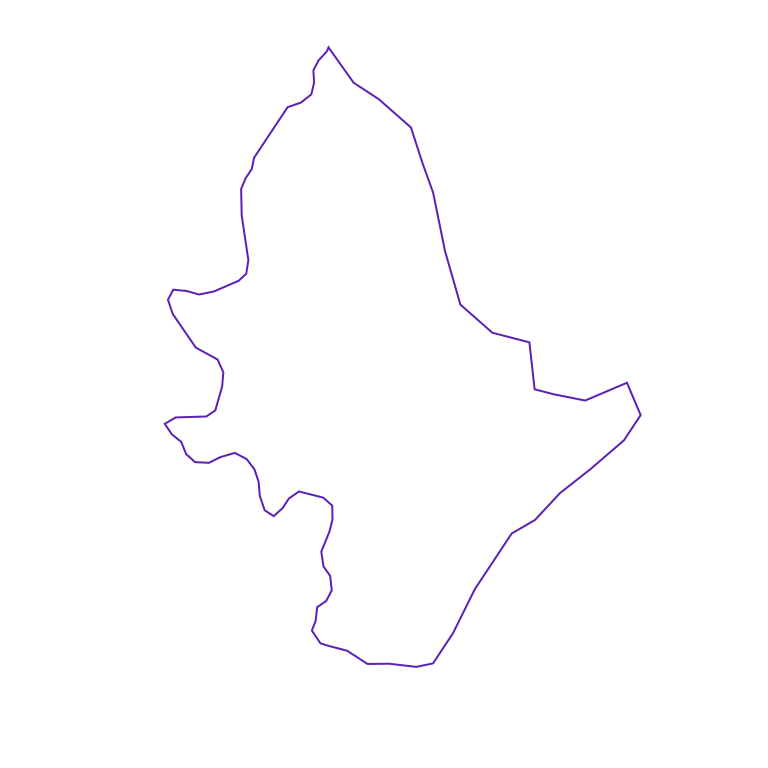 the district of Unpha, Hwanghae-bukto, North Korea, rotated 33°
{"feature_id": "82179303B22390657322605", "entity_name": "Unpha", "entity_type": "district", "adm_level": 2, "iso_a3": "PRK", "parent_name": "North Korea", "parent_adm1": "Hwanghae-bukto", "projection": "robinson", "projection_center": [125.8, 38.378], "detail": "fine", "context": "isolated", "style": "outline", "palette": "violet", "viewbox_px": 768, "rotation_deg": 33, "n_neighbors": 0, "source": "geoboundaries", "source_scale": "gbopen_adm2", "svg_char_len": 1257}
<svg xmlns="http://www.w3.org/2000/svg" viewBox="0 0 768 768"><g transform="rotate(33 384 384)"><path d="M315.3,523.8L321.8,526.1L332.1,534.3L340.8,545.5L352.7,554.9L363.5,554.9L366.6,543.0L366.6,531.8L371.2,520.5L394.9,512.4L406.8,514.2L414.5,525.5L418.6,537.4L422.7,558.7L432.5,569.9L443.4,574.3L452.6,585.6L453.7,597.5L449.5,607.5L455.7,620.0L457.8,630.1L471.9,636.1L480.2,633.8L498.4,627.8L522.6,627.8L540.8,615.7L565.1,603.7L577.3,591.6L577.6,555.2L571.9,506.6L572.2,476.3L572.5,439.9L584.7,415.7L591.1,379.3L603.5,343.0L615.9,300.6L616.2,270.3L598.1,258.1L587.1,250.6L561.7,288.3L531.4,300.4L513.2,306.4L483.3,269.9L447.0,282.0L404.8,275.8L362.8,239.3L320.9,196.7L296.9,178.5L266.9,154.2L224.7,148.0L194.5,147.9L172.3,139.1L154.1,131.9L154.9,136.1L152.9,148.1L153.9,159.3L161.2,169.3L165.3,180.6L161.1,193.1L152.4,204.4L151.8,265.1L156.0,275.7L155.9,287.0L158.0,298.3L172.9,320.2L202.8,354.0L208.4,366.5L205.9,376.5L190.9,399.1L180.1,409.7L167.8,413.5L155.9,419.7L156.9,431.0L168.8,440.4L206.4,456.0L231.1,454.1L242.9,461.7L249.6,474.2L256.9,498.0L252.7,508.0L227.5,525.5L221.8,536.8L233.6,541.8L245.5,543.0L256.3,550.6L268.2,552.4L280.0,545.5L286.7,534.3L296.5,523.0L309.9,521.8L315.3,523.8Z" fill="none" stroke="#5b21b6" stroke-width="2"/></g></svg>